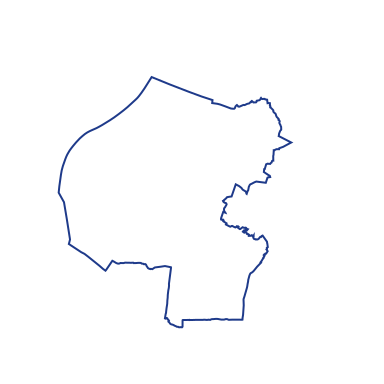 Olanu, Vâlcea, Romania (orthographic projection), rotated 40°
{"feature_id": "2599482B48279356491922", "entity_name": "Olanu", "entity_type": "district", "adm_level": 2, "iso_a3": "ROU", "parent_name": "Romania", "parent_adm1": "Vâlcea", "projection": "orthographic", "projection_center": [24.283, 44.872], "detail": "fine", "context": "isolated", "style": "outline", "palette": "blue", "viewbox_px": 384, "rotation_deg": 40, "n_neighbors": 0, "source": "geoboundaries", "source_scale": "gbopen_adm2", "svg_char_len": 5946}
<svg xmlns="http://www.w3.org/2000/svg" viewBox="0 0 384 384"><g transform="rotate(40 192 192)"><path d="M255.8,305.1L256.9,305.3L257.1,305.4L257.1,306.3L257.3,306.5L258.6,306.5L259.7,306.9L260.9,306.8L261.3,306.7L261.9,306.3L263.5,305.7L264.3,305.7L265.8,305.2L267.2,304.9L268.0,304.2L269.0,304.0L270.5,302.6L271.3,302.1L271.4,301.7L271.2,301.1L267.3,296.4L267.2,296.2L267.3,295.9L270.6,293.1L271.5,292.3L271.9,292.1L272.1,291.7L272.4,291.7L272.8,291.3L273.9,290.4L277.9,286.8L282.6,282.9L283.1,282.3L283.8,281.7L285.7,280.4L286.7,279.2L287.2,279.0L287.7,278.5L288.2,278.2L288.5,277.3L288.9,276.7L289.8,275.9L290.5,275.2L291.9,273.8L293.3,272.7L296.5,270.9L298.6,269.1L299.7,267.5L300.7,266.8L302.3,266.3L304.7,264.1L305.8,263.2L306.9,262.2L310.3,259.4L311.8,258.2L312.7,257.4L312.3,256.7L312.1,256.6L311.7,256.0L310.1,253.3L304.5,245.6L302.0,242.8L300.9,241.6L300.3,240.8L299.4,238.5L295.7,230.2L295.1,229.0L293.7,226.7L292.5,224.5L291.6,223.2L289.7,219.1L289.2,217.5L289.1,216.8L289.2,216.3L289.7,215.0L289.9,214.0L289.9,213.5L290.0,212.8L289.9,207.3L290.3,201.8L289.7,201.8L289.6,199.8L289.3,198.3L289.2,196.8L289.2,196.6L288.9,196.6L288.6,194.3L287.5,194.2L287.5,193.2L288.0,192.9L287.8,192.0L287.9,191.8L288.4,191.5L288.0,188.7L287.7,188.6L287.3,188.6L286.8,188.3L285.9,188.1L285.9,187.9L286.0,187.5L286.0,187.3L285.2,186.6L285.3,186.3L285.5,185.5L283.6,183.8L283.1,183.3L282.6,183.0L281.4,181.9L274.1,180.0L273.7,180.8L273.8,181.0L273.8,182.1L273.2,182.4L273.1,183.2L273.2,184.6L272.9,185.8L272.7,186.2L271.5,187.3L271.2,187.2L271.1,187.3L270.0,188.0L269.4,188.0L268.4,187.6L268.2,187.5L267.9,186.6L267.5,186.2L267.2,185.8L267.3,186.6L267.3,186.9L266.0,186.5L265.6,186.6L265.4,187.6L263.9,188.9L263.8,188.6L263.8,188.1L262.6,188.1L262.0,188.2L262.0,188.6L261.3,188.8L260.9,188.8L260.0,188.2L259.3,188.1L258.9,188.3L258.6,188.3L258.4,189.4L258.1,189.6L256.5,189.7L256.4,188.2L256.5,188.0L257.0,187.7L257.2,186.6L257.6,186.4L258.7,186.1L258.7,184.6L257.6,185.0L256.4,184.7L256.1,184.8L255.8,185.0L255.3,185.7L254.8,186.0L253.4,186.5L252.8,189.3L252.4,189.7L250.0,189.8L250.0,188.7L249.5,188.7L249.3,189.4L249.0,189.2L248.8,189.2L248.4,189.3L248.1,191.2L248.0,191.3L246.3,191.8L244.7,192.1L244.2,192.6L244.0,193.1L243.8,193.8L243.7,193.9L243.0,194.2L238.9,195.1L238.6,193.8L234.8,194.3L234.5,193.4L233.5,193.2L233.2,193.5L233.2,193.9L232.0,194.4L231.6,194.1L231.1,193.3L228.7,187.2L230.9,186.4L230.5,186.2L229.7,186.3L229.2,186.1L228.6,185.6L227.9,185.0L227.1,183.9L227.1,182.3L226.9,181.6L226.8,180.7L226.5,179.3L226.0,178.9L225.4,178.7L225.1,178.7L224.8,178.8L224.0,179.2L223.3,179.3L222.6,179.3L222.0,179.2L221.5,178.9L221.9,178.1L221.7,177.4L222.0,176.5L222.0,175.7L222.3,174.7L222.2,174.4L222.1,174.0L222.2,173.4L223.8,171.5L225.2,170.0L220.6,158.0L224.3,157.2L227.3,157.1L228.3,157.4L229.4,157.6L232.1,157.2L233.0,157.1L233.4,157.2L234.0,157.8L234.9,158.3L235.1,158.3L234.0,155.6L234.0,154.7L232.2,151.5L231.7,149.4L231.8,148.5L232.3,147.6L233.6,144.4L234.2,143.3L234.5,142.7L242.6,137.5L240.6,132.5L240.8,132.0L242.3,130.3L241.5,129.7L241.0,129.6L239.6,129.9L234.2,130.5L232.6,128.1L233.0,127.7L231.0,123.1L231.5,122.1L231.7,121.7L232.4,121.3L233.1,120.7L233.8,120.3L233.8,118.7L233.9,118.4L234.0,118.2L233.4,116.8L233.5,116.3L233.7,116.0L234.1,115.7L231.4,112.6L230.9,111.9L230.6,111.2L227.9,107.6L228.2,107.5L228.4,107.2L228.3,106.8L228.5,106.3L229.2,104.9L231.2,103.2L230.7,102.4L232.8,98.8L234.3,95.0L236.2,90.3L222.5,93.4L222.4,93.1L222.0,92.6L221.2,91.3L220.7,89.9L220.3,88.6L220.2,88.1L220.3,87.0L220.2,86.8L218.4,84.8L217.1,84.2L216.6,83.8L215.9,83.6L214.6,83.0L214.2,82.5L213.9,81.7L213.5,81.3L212.8,81.1L212.4,81.2L212.0,81.2L211.8,80.6L211.6,80.4L211.0,80.5L210.5,80.2L209.6,80.1L209.0,80.1L208.6,80.0L207.9,79.7L207.4,79.4L206.7,79.0L206.4,78.7L205.5,78.3L204.1,78.4L202.8,78.2L202.4,77.9L202.1,77.5L201.8,77.2L200.8,77.0L198.4,76.8L197.9,76.7L197.5,76.9L197.3,76.7L197.2,76.4L196.9,75.9L196.5,75.9L195.9,75.6L195.8,75.4L195.8,75.2L195.2,74.6L194.6,73.9L193.5,74.6L192.8,75.4L190.2,73.0L189.5,73.4L189.0,73.8L188.3,73.9L188.1,74.1L187.7,74.0L187.0,74.6L186.6,75.2L185.7,75.8L184.8,75.7L184.4,75.6L184.4,76.0L184.7,76.8L184.8,77.6L184.7,78.3L182.9,80.5L183.0,80.8L183.4,81.3L183.4,82.2L181.5,83.9L180.9,83.8L180.5,83.8L179.3,83.8L179.2,84.1L179.3,84.3L179.7,84.8L179.6,85.1L179.2,85.2L179.0,85.4L179.0,86.5L178.9,87.3L177.5,89.2L177.2,89.9L176.6,91.3L176.2,91.8L175.7,92.0L175.3,92.5L173.5,96.1L172.6,96.8L172.3,96.8L171.8,96.6L170.5,96.5L170.4,96.9L170.3,98.5L170.4,98.8L170.9,100.1L170.9,100.4L170.8,101.1L169.8,101.9L168.2,103.0L162.5,105.0L157.3,106.9L154.8,108.1L150.3,110.9L148.6,108.4L137.9,112.7L125.1,117.3L105.5,124.0L87.2,129.9L88.2,137.1L89.0,143.1L89.5,148.4L89.7,152.5L89.7,154.9L89.5,157.1L88.0,168.5L87.1,173.4L85.8,179.3L84.4,185.0L83.0,189.8L80.1,198.5L78.9,201.7L77.8,204.4L75.4,209.3L74.5,211.2L73.5,213.7L72.7,216.4L72.1,219.6L71.6,223.1L71.3,228.7L71.3,233.1L71.4,236.1L71.6,238.9L72.0,241.4L72.4,243.6L73.0,245.8L73.8,248.2L75.2,251.9L76.4,255.1L78.3,259.2L80.5,263.0L86.7,272.9L90.3,278.2L100.5,282.1L113.5,293.2L129.1,306.8L131.1,311.0L145.9,309.3L149.4,308.5L154.1,308.3L168.4,308.0L173.2,308.1L176.3,307.9L176.3,306.8L175.2,295.9L176.4,295.6L179.7,295.1L181.2,294.5L181.9,294.0L182.5,293.2L182.8,292.4L185.0,290.7L185.6,290.0L186.1,289.2L190.7,285.5L192.5,283.9L193.1,283.9L194.7,282.5L196.4,280.8L198.4,279.2L199.4,279.2L200.8,278.3L201.5,278.3L201.9,278.0L202.3,277.4L202.8,277.2L203.2,277.2L203.7,277.3L204.6,277.8L207.3,278.6L208.6,278.3L209.7,277.8L209.9,277.3L211.2,276.6L212.0,273.8L212.3,273.4L215.9,269.5L218.9,266.1L224.2,263.2L224.4,263.4L224.6,263.5L233.4,277.2L234.6,278.5L235.9,280.4L237.1,282.6L239.6,286.4L241.3,288.6L242.9,291.0L244.9,293.6L247.2,297.4L249.5,300.9L249.8,301.2L250.2,302.3L252.5,306.2L253.0,306.1L253.3,305.9L253.5,305.4L253.5,304.9L253.7,304.7L253.8,304.7L254.4,304.7L255.0,305.0L255.4,305.2L255.8,305.1Z" fill="none" stroke="#1e3a8a" stroke-width="2"/></g></svg>